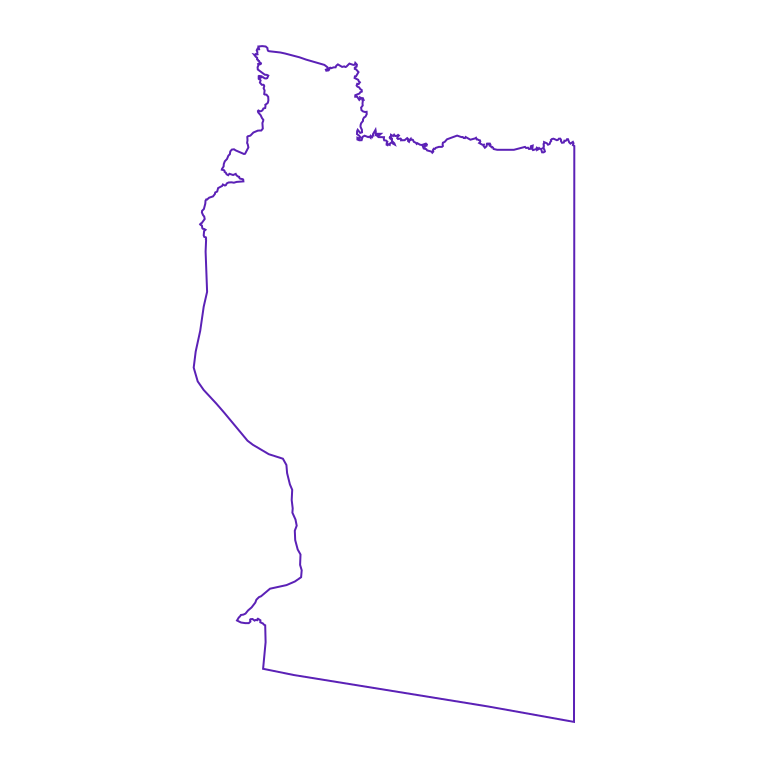 the district of Pegunungan Bintang, Papua, Indonesia
{"feature_id": "22746128B40289792856685", "entity_name": "Pegunungan Bintang", "entity_type": "district", "adm_level": 2, "iso_a3": "IDN", "parent_name": "Indonesia", "parent_adm1": "Papua", "projection": "natural_earth1", "projection_center": [140.263, -4.495], "detail": "fine", "context": "isolated", "style": "outline", "palette": "violet", "viewbox_px": 768, "rotation_deg": 0, "n_neighbors": 0, "source": "geoboundaries", "source_scale": "gbopen_adm2", "svg_char_len": 6006}
<svg xmlns="http://www.w3.org/2000/svg" viewBox="0 0 768 768"><path d="M574.0,721.9L574.3,146.0L572.9,145.1L573.5,143.2L572.9,141.9L570.4,143.6L569.2,142.4L568.0,139.2L567.0,139.2L566.3,140.4L565.3,140.9L564.4,140.7L563.8,142.5L562.0,142.8L560.9,141.0L561.1,140.0L560.3,138.7L558.9,138.7L558.0,139.8L556.9,140.2L553.5,138.7L552.0,139.0L550.9,140.0L551.2,141.0L550.3,142.0L549.6,144.0L548.0,144.7L546.9,143.3L544.1,142.1L544.1,143.3L543.5,144.1L543.9,145.2L543.6,146.0L543.9,146.9L542.9,148.2L544.2,149.1L544.9,151.5L543.7,152.3L542.1,152.3L541.0,148.8L539.9,148.9L539.1,148.1L538.3,149.3L537.3,149.8L537.6,148.2L536.8,147.7L536.2,149.1L533.0,150.1L532.3,149.1L532.7,145.6L530.9,146.2L530.5,148.8L529.0,149.0L528.0,147.7L526.1,148.0L525.0,146.9L513.9,149.8L497.2,149.8L493.6,149.0L493.2,147.9L492.3,147.0L491.6,147.3L491.0,146.5L489.9,145.8L490.5,144.9L489.9,143.6L488.1,143.6L488.6,144.4L486.9,144.1L486.5,146.3L484.9,147.7L483.6,146.0L483.9,144.7L482.5,144.8L479.2,143.0L480.0,142.2L480.3,141.4L479.9,140.3L478.6,140.1L477.5,139.3L476.7,139.4L476.0,137.8L475.1,138.4L470.4,139.7L465.6,137.0L465.0,138.1L463.7,138.0L462.7,137.0L461.5,137.1L457.1,135.6L447.0,139.3L444.7,141.9L442.9,142.7L442.6,144.4L442.9,146.0L441.9,146.9L438.8,146.9L435.7,147.9L434.8,149.0L433.8,148.7L433.0,149.9L433.3,151.6L432.3,152.7L431.5,151.6L427.1,150.4L426.3,149.2L423.7,148.5L423.0,146.7L424.8,146.7L424.6,145.5L426.5,145.7L426.9,144.5L425.9,143.6L421.9,145.0L420.0,144.7L417.4,143.2L416.7,143.9L415.9,142.8L413.8,141.8L412.9,139.9L411.8,139.5L410.9,139.9L410.7,138.8L409.6,139.9L409.0,141.8L408.1,141.1L408.0,138.9L407.2,138.1L404.6,140.2L401.1,140.3L401.3,139.4L400.6,138.6L398.0,139.0L397.2,138.1L397.9,136.5L398.9,135.5L398.1,134.9L397.1,135.8L395.1,136.0L394.1,134.7L393.1,136.0L391.0,134.8L390.9,136.3L390.0,136.8L389.7,137.8L390.4,138.7L391.3,137.9L392.0,138.7L391.9,140.9L394.3,143.3L394.8,144.6L392.8,143.5L391.9,142.2L389.9,143.6L389.7,144.9L388.2,144.2L387.6,145.2L386.6,144.7L386.7,143.0L387.4,141.8L386.2,140.6L384.2,140.3L383.8,138.9L384.0,137.2L378.5,137.1L377.0,135.7L379.5,135.0L380.8,133.8L377.1,133.8L375.6,134.8L375.8,131.7L375.5,129.8L373.0,134.1L373.0,135.7L372.2,137.1L370.9,136.0L370.6,137.8L369.3,136.6L368.2,137.1L364.6,135.7L362.6,136.8L361.6,140.2L359.3,140.3L357.4,139.5L357.4,137.7L359.6,138.5L360.4,137.3L359.2,135.7L357.0,134.1L357.1,131.2L357.7,129.8L360.2,132.9L362.0,132.3L361.9,129.8L360.5,126.8L360.6,125.0L361.1,123.3L363.0,120.9L363.0,119.4L364.0,117.5L365.5,116.6L366.7,114.2L366.6,111.8L365.0,112.0L363.0,111.4L361.5,110.2L361.1,107.6L362.7,105.5L362.5,103.4L362.8,101.1L362.3,99.6L363.5,99.7L362.8,98.1L361.5,98.1L360.2,97.5L360.4,98.7L359.3,99.9L357.2,96.8L355.2,96.7L355.3,95.2L359.5,93.5L360.2,92.3L361.8,91.6L361.7,90.0L360.3,89.1L359.2,87.4L357.5,86.7L356.6,85.6L357.2,83.8L358.6,84.1L359.9,82.3L358.9,81.5L358.2,79.8L354.6,78.0L354.9,76.4L356.1,76.2L358.5,72.1L356.0,69.3L354.8,68.9L354.8,67.6L356.6,66.6L356.9,64.6L355.3,62.9L354.8,64.7L353.3,64.9L349.4,63.6L346.3,66.7L345.3,67.0L344.3,66.4L342.1,66.9L337.9,64.4L336.3,65.7L335.6,67.3L333.9,67.3L331.1,68.2L330.3,67.7L329.5,68.0L329.2,69.6L328.5,70.4L326.3,70.7L325.9,69.7L327.0,69.3L327.7,68.4L327.4,67.2L324.4,64.9L306.1,59.6L299.5,57.3L285.0,53.5L280.4,52.5L269.0,51.2L268.0,50.7L267.6,49.7L267.4,48.0L265.7,46.5L262.2,46.1L258.4,46.5L259.1,49.3L258.7,49.4L257.6,48.6L256.7,50.3L257.4,52.1L257.2,53.3L257.5,54.3L256.5,54.5L255.8,54.1L255.2,54.9L254.1,54.6L255.8,56.8L257.1,57.7L257.1,59.4L257.9,59.7L258.3,60.8L259.1,61.0L259.6,62.3L261.0,63.3L260.9,63.8L260.4,64.2L259.4,64.4L258.5,63.8L258.1,64.0L258.5,65.1L257.6,67.2L257.8,69.5L264.8,74.7L266.9,74.9L268.3,75.6L267.2,78.1L266.1,78.5L264.6,78.3L262.9,77.1L261.7,77.2L260.4,77.8L260.3,77.3L261.0,76.2L259.0,75.9L258.7,76.1L258.7,78.8L259.1,79.2L259.8,79.2L260.6,80.4L259.9,82.6L261.8,84.8L263.5,84.8L264.1,85.4L264.2,86.6L263.6,88.1L264.6,90.5L264.2,94.1L264.7,94.5L266.5,94.7L268.2,96.8L268.4,100.2L268.0,102.2L267.6,103.1L265.3,104.8L265.5,105.8L265.2,108.0L263.4,108.5L262.4,110.4L261.0,111.2L260.1,111.3L258.4,110.5L257.9,111.1L258.2,112.4L260.7,115.3L262.0,118.1L263.3,119.8L263.2,120.9L262.4,123.0L262.8,128.6L261.3,130.5L257.9,130.6L253.4,132.5L250.4,135.6L247.8,136.3L247.3,136.9L247.5,140.2L247.1,143.0L247.7,144.2L248.4,147.4L245.1,153.7L244.0,154.0L235.7,150.4L234.0,149.3L231.8,149.6L230.3,151.4L229.8,154.3L228.4,155.6L227.0,159.0L224.8,161.3L223.8,164.0L223.6,166.5L222.0,168.9L221.8,169.7L224.0,170.2L224.5,170.8L224.6,171.9L225.8,172.7L226.6,174.3L228.2,175.2L229.4,173.8L233.1,175.0L235.7,173.9L236.1,174.8L237.6,176.3L239.1,176.8L239.1,177.5L240.0,178.6L242.8,179.2L243.2,179.6L243.4,181.4L236.7,181.9L233.9,182.7L231.4,182.3L228.5,182.5L226.8,183.4L225.8,185.2L224.9,185.5L222.9,184.5L222.2,185.9L218.1,188.1L217.2,191.5L215.2,192.5L214.9,194.0L213.0,196.4L209.1,197.7L207.0,199.6L206.3,199.4L205.5,200.7L205.3,203.6L203.9,209.0L202.1,210.8L201.9,212.5L203.1,215.2L204.2,216.5L204.7,219.0L201.7,223.1L200.8,223.5L200.1,224.3L200.5,224.8L201.9,225.6L202.3,228.1L202.7,228.7L204.4,229.1L205.5,229.8L204.1,231.0L203.7,235.4L204.3,236.9L205.8,237.3L206.1,238.1L205.8,239.2L206.1,239.8L205.6,251.6L207.1,291.8L203.7,306.7L200.2,330.9L195.7,351.5L193.7,367.6L197.7,381.4L203.7,390.0L216.5,403.8L224.3,412.8L247.5,440.7L252.9,444.8L268.8,454.2L282.9,458.7L286.4,465.0L287.1,473.1L289.9,484.4L292.2,489.8L291.7,500.1L292.7,508.4L292.4,512.7L295.5,519.6L296.7,525.7L294.8,530.7L295.2,540.1L297.7,549.5L300.5,554.5L300.1,564.9L301.7,570.3L301.1,577.2L294.9,581.5L286.5,585.1L270.0,588.7L261.0,596.3L259.0,597.1L257.9,598.2L256.4,599.7L255.3,602.6L251.6,607.4L248.0,610.5L245.5,613.6L243.4,614.6L240.9,615.0L240.0,616.4L238.8,617.5L237.0,620.5L241.0,622.5L245.0,623.1L248.8,623.1L250.4,621.6L250.1,619.8L250.5,619.2L252.5,619.0L254.6,620.6L255.5,620.0L257.3,620.2L257.6,618.9L257.9,618.7L260.4,620.3L260.3,622.3L263.0,623.5L263.7,624.5L265.2,625.3L265.6,642.2L263.1,668.8L293.6,675.0L488.2,706.5L574.0,721.9Z" fill="none" stroke="#5b21b6" stroke-width="2"/></svg>